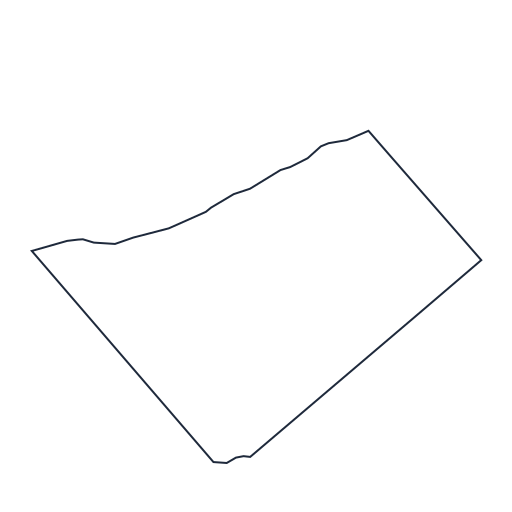 Kewaunee, Wisconsin, United States of America, rotated 229°
{"feature_id": "52423323B32886155683341", "entity_name": "Kewaunee", "entity_type": "district", "adm_level": 2, "iso_a3": "USA", "parent_name": "United States of America", "parent_adm1": "Wisconsin", "projection": "robinson", "projection_center": [-87.557, 44.502], "detail": "fine", "context": "isolated", "style": "outline", "palette": "slate", "viewbox_px": 512, "rotation_deg": 229, "n_neighbors": 0, "source": "geoboundaries", "source_scale": "gbopen_adm2", "svg_char_len": 499}
<svg xmlns="http://www.w3.org/2000/svg" viewBox="0 0 512 512"><g transform="rotate(229 256 256)"><path d="M108.2,119.8L105.8,339.8L105.1,423.3L245.6,423.0L276.7,423.0L283.9,400.5L293.5,384.8L296.2,376.9L295.9,359.1L300.7,340.2L304.8,330.9L310.7,295.6L317.3,279.8L322.0,253.8L322.2,247.2L334.1,208.3L350.4,175.5L357.6,157.5L372.5,142.4L382.2,136.3L385.1,132.5L391.3,123.4L406.9,90.1L128.4,88.7L119.0,98.1L117.0,108.6L113.1,115.3L108.2,119.8Z" fill="none" stroke="#1e293b" stroke-width="2"/></g></svg>